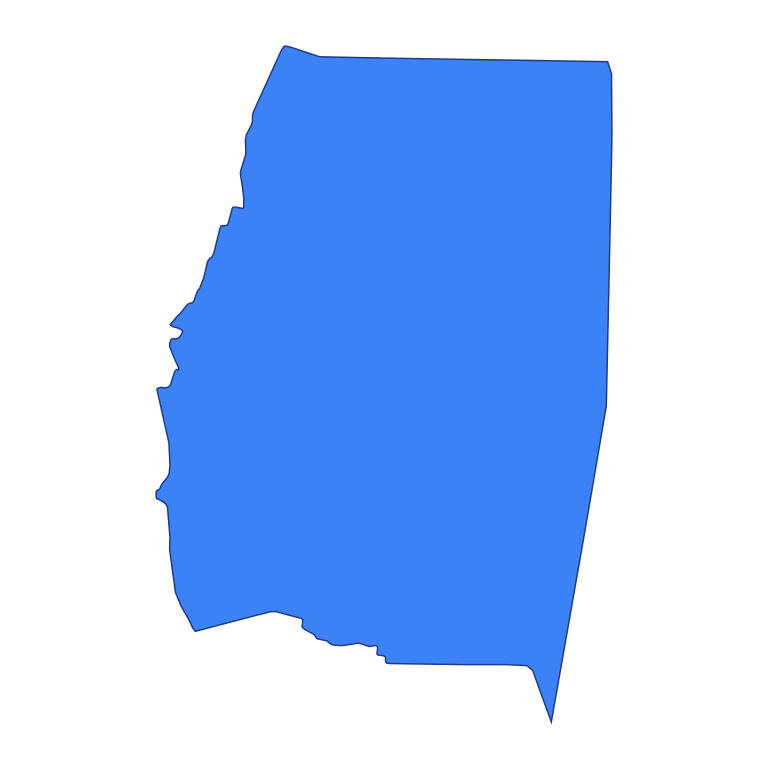 SVG path tracing the border of Santiago del Estero
{"feature_id": "ARG-1304", "entity_name": "Santiago del Estero", "entity_type": "Province", "adm_level": 1, "iso_a3": "ARG", "parent_name": "Argentina", "parent_adm1": "", "projection": "orthographic", "projection_center": [-64.331, -27.868], "detail": "fine", "context": "isolated", "style": "filled", "palette": "blue", "viewbox_px": 768, "rotation_deg": 0, "n_neighbors": 0, "source": "natural_earth", "source_scale": "10m", "svg_char_len": 2547}
<svg xmlns="http://www.w3.org/2000/svg" viewBox="0 0 768 768"><path d="M389.5,58.2L607.6,61.7L611.5,73.9L611.9,133.1L611.7,149.8L610.1,228.3L606.9,378.0L606.3,405.8L597.4,458.1L583.3,540.2L570.8,611.2L564.0,649.9L551.3,721.9L532.5,670.0L526.7,665.6L505.8,664.6L462.3,664.6L389.5,663.5L386.8,663.1L386.4,662.8L385.7,662.0L385.6,661.1L385.6,658.4L385.5,657.5L385.3,656.8L384.4,656.2L383.1,655.7L378.6,655.1L377.4,654.7L377.0,653.8L377.0,652.9L377.6,649.0L377.6,648.1L377.5,647.3L377.3,646.6L376.9,646.0L376.1,645.6L374.9,645.5L370.2,646.5L369.0,646.4L359.9,643.4L358.0,643.2L342.9,645.5L340.4,645.6L332.8,644.9L331.8,644.6L330.7,644.0L329.2,643.0L327.7,641.6L327.1,641.1L325.8,640.6L317.7,638.9L316.8,638.5L315.9,637.4L314.7,635.2L314.2,634.6L304.7,629.4L302.9,627.9L302.0,626.6L302.4,624.8L302.7,621.2L302.6,619.5L302.0,618.8L300.8,618.3L275.8,611.6L270.6,611.7L256.6,615.2L232.6,621.5L195.3,631.3L192.5,627.6L191.1,624.4L190.8,623.8L189.5,620.9L181.1,606.1L175.5,592.5L169.6,549.5L170.0,537.4L167.6,508.5L167.1,506.3L166.8,505.5L166.3,504.6L163.7,502.3L158.3,499.2L157.2,499.0L156.7,498.7L156.4,498.1L156.2,497.4L156.1,492.2L156.3,491.3L156.8,490.6L158.9,489.5L159.8,488.8L161.2,485.3L163.0,482.5L166.0,479.1L167.7,476.9L169.2,473.2L170.0,464.8L168.9,442.8L156.9,389.2L158.7,387.9L160.2,387.5L161.0,387.4L161.9,387.4L164.1,387.9L165.5,387.9L167.0,387.5L168.3,386.9L169.4,386.1L169.9,385.7L171.0,383.2L174.7,371.5L175.7,370.2L176.7,369.6L178.2,369.8L178.7,369.8L178.9,369.7L178.6,367.6L175.0,359.9L169.8,347.0L169.6,343.6L171.0,339.5L171.7,339.1L172.6,338.7L175.4,339.0L176.2,338.9L176.9,338.7L177.6,338.4L178.1,338.1L179.3,337.1L179.8,336.6L180.7,335.5L182.3,332.7L182.6,332.0L182.6,331.6L182.5,330.7L182.2,330.4L179.7,328.8L177.1,327.7L174.8,327.2L172.8,326.6L170.7,325.3L170.2,324.7L178.2,315.2L180.1,313.7L186.2,305.9L187.9,304.3L189.3,303.4L192.4,302.8L193.2,302.0L194.1,300.6L197.0,292.1L197.5,291.1L199.9,287.9L203.8,277.7L205.3,271.4L207.2,263.0L207.6,261.8L208.3,260.4L209.5,258.8L210.3,258.0L211.1,257.5L211.8,257.3L213.8,253.2L218.3,235.1L220.0,228.3L220.8,226.3L221.8,225.8L222.8,225.7L224.7,225.7L226.2,225.4L226.9,225.2L227.6,224.4L228.4,222.8L232.0,209.1L232.9,207.4L234.6,207.0L242.9,208.4L243.6,207.5L243.8,204.9L243.8,199.5L242.7,188.6L240.4,173.5L240.5,172.2L240.8,170.5L245.6,154.9L245.9,150.7L245.4,140.2L246.3,135.3L246.6,134.4L251.3,125.2L252.3,122.2L252.5,120.9L252.5,116.2L252.7,114.4L253.4,111.9L281.7,49.6L284.4,46.1L289.5,46.8L315.0,55.3L319.8,56.8L389.5,58.2Z" fill="#3b82f6" stroke="#1e3a8a" stroke-width="1.5"/></svg>